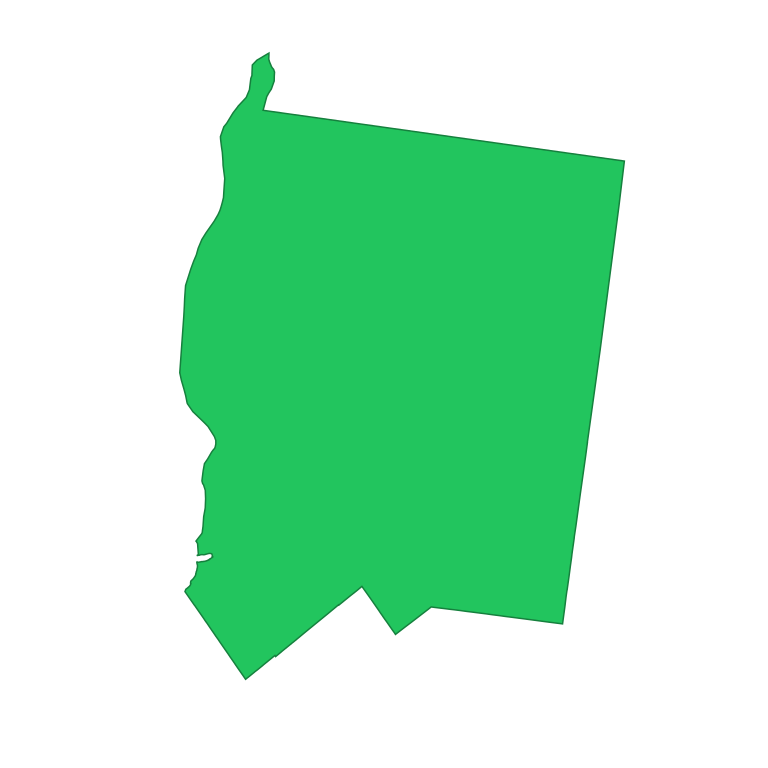 the district of San Fernando, Chaco, Argentina, rotated 188°
{"feature_id": "61730980B8313439795489", "entity_name": "San Fernando", "entity_type": "district", "adm_level": 2, "iso_a3": "ARG", "parent_name": "Argentina", "parent_adm1": "Chaco", "projection": "natural_earth1", "projection_center": [-58.982, -27.701], "detail": "fine", "context": "isolated", "style": "filled", "palette": "green", "viewbox_px": 768, "rotation_deg": 188, "n_neighbors": 0, "source": "geoboundaries", "source_scale": "gbopen_adm2", "svg_char_len": 5212}
<svg xmlns="http://www.w3.org/2000/svg" viewBox="0 0 768 768"><g transform="rotate(188 384 384)"><path d="M177.0,638.2L541.8,638.2L540.1,652.2L538.6,656.2L536.6,660.4L534.9,668.8L535.5,673.7L535.8,677.6L537.1,680.2L538.7,681.6L539.7,682.8L540.7,684.6L542.1,686.9L543.3,689.6L543.7,693.3L544.0,695.7L554.9,687.0L558.8,681.6L557.9,672.6L557.7,671.3L557.7,671.2L558.4,668.1L558.2,656.6L560.3,648.6L567.1,638.9L567.4,638.2L571.2,631.5L576.1,620.2L578.4,616.4L580.4,606.2L579.9,603.7L578.0,596.5L576.4,591.1L574.5,582.3L573.8,578.2L570.3,565.3L569.4,552.6L568.9,546.2L569.4,541.1L570.0,536.7L570.6,533.1L571.9,528.7L574.8,521.6L581.3,508.9L584.5,501.7L586.9,492.5L587.8,485.7L589.6,479.0L591.3,471.1L594.2,453.9L593.3,440.9L592.5,432.8L591.7,423.4L587.8,366.7L585.2,359.6L581.2,350.7L578.7,344.7L576.6,338.6L576.0,337.2L569.4,330.0L557.2,321.2L552.4,317.5L550.7,315.5L546.7,310.8L544.6,308.3L542.7,304.7L542.2,301.2L542.4,298.3L542.7,296.8L543.9,295.0L545.3,292.4L548.2,285.2L550.7,280.2L551.0,272.9L550.9,265.6L550.8,262.7L549.7,260.1L548.7,259.1L546.2,253.9L544.7,245.6L543.8,236.6L543.8,235.1L544.1,227.5L543.4,217.7L543.4,213.3L543.3,211.8L543.7,210.3L545.8,206.7L548.3,202.3L548.1,202.2L546.4,200.0L544.1,189.3L545.5,188.0L544.3,188.4L543.7,188.6L542.9,188.8L542.3,189.2L541.2,189.6L539.8,189.8L538.8,189.8L537.7,190.1L536.5,190.7L535.1,191.3L534.4,191.6L533.1,192.0L531.7,192.0L531.0,191.9L530.5,191.1L530.4,191.0L530.3,190.6L530.2,190.3L530.0,190.0L529.9,189.6L530.1,189.6L530.2,189.3L530.2,189.2L529.9,189.0L529.7,189.0L529.5,188.9L529.6,188.6L529.8,188.4L530.1,188.2L530.6,187.8L530.7,187.7L530.8,187.6L531.4,187.0L531.5,186.9L531.9,186.7L532.1,186.5L532.1,186.4L532.3,186.4L532.5,186.2L532.9,185.5L533.0,185.5L533.0,185.3L533.3,185.2L533.9,184.9L534.1,184.9L534.3,184.8L534.4,184.7L534.6,184.5L534.7,184.4L534.8,184.3L535.2,184.2L535.4,184.1L535.5,184.1L535.7,183.9L535.9,183.8L536.2,183.7L536.3,183.7L537.3,183.3L537.7,183.3L537.9,183.2L538.0,183.1L538.9,182.9L539.2,182.8L539.3,182.8L539.4,182.7L539.6,182.7L539.9,182.7L540.1,182.7L540.7,182.4L541.0,182.3L541.2,182.2L541.3,182.2L541.9,182.0L542.0,181.9L542.3,181.9L542.5,181.8L543.1,181.6L543.3,181.6L543.8,181.6L544.0,181.6L544.3,181.7L544.4,181.8L544.5,181.7L544.5,181.4L544.5,181.2L544.4,181.0L544.4,180.9L544.3,180.6L544.2,180.3L544.1,179.9L544.0,179.6L543.9,179.5L543.7,179.2L543.6,178.9L543.4,177.9L543.4,177.7L543.3,177.2L543.3,176.8L543.3,176.6L543.3,176.4L543.3,176.2L543.3,175.6L543.3,175.4L543.4,174.9L543.5,174.8L543.5,174.6L543.4,174.4L543.4,173.7L543.4,173.4L543.5,173.2L543.7,172.3L543.7,172.2L543.8,171.9L543.8,171.7L543.8,170.9L543.9,170.6L543.9,170.4L544.0,170.1L543.9,169.8L544.0,168.7L544.1,168.2L544.3,167.6L544.4,167.3L544.4,167.2L544.5,167.0L544.9,166.4L545.0,166.1L545.1,165.9L545.6,165.0L545.7,164.8L545.8,164.7L545.9,164.4L546.0,164.3L546.1,164.2L546.5,163.7L546.8,163.4L546.9,163.2L547.1,162.9L547.2,162.7L547.4,162.5L547.6,162.4L547.6,162.2L547.8,161.8L547.8,161.7L547.9,161.4L547.9,160.9L547.9,160.6L547.9,160.4L547.9,160.2L547.8,159.9L547.8,159.7L547.5,159.6L547.5,159.4L547.6,159.1L547.7,158.2L547.8,158.0L547.8,157.9L547.9,157.7L548.0,157.6L548.3,156.9L548.4,156.7L548.5,156.6L548.9,156.2L549.0,156.0L549.3,155.7L549.5,155.5L549.7,155.1L549.8,155.1L550.4,154.5L550.5,154.3L550.7,154.1L550.8,154.0L551.4,153.5L551.5,153.3L551.6,153.2L551.7,152.8L551.9,152.2L551.9,151.9L552.0,151.7L552.1,151.1L552.2,150.7L549.3,147.6L546.1,144.1L540.8,138.4L540.7,138.4L538.4,135.9L535.9,133.2L533.3,130.4L530.8,127.7L529.7,126.5L528.5,125.1L527.2,123.7L525.8,122.3L523.3,119.5L520.5,116.4L517.9,113.6L515.4,110.8L512.8,108.1L510.4,105.4L507.8,102.6L504.4,98.9L501.8,96.1L500.4,94.6L500.1,94.2L499.4,93.5L498.2,92.1L496.3,90.1L494.1,87.7L492.9,86.4L492.6,86.0L491.4,84.7L489.2,82.3L488.0,81.0L486.4,79.3L485.2,78.0L485.0,77.8L484.9,77.7L484.4,77.1L483.5,76.2L482.6,75.2L482.0,74.5L481.5,74.0L480.5,72.9L480.0,72.3L479.9,72.4L479.8,72.5L479.5,72.8L479.2,73.1L478.9,73.5L478.2,74.2L477.5,74.9L476.1,76.4L474.8,77.8L473.6,79.1L472.3,80.5L472.0,80.9L470.7,82.2L470.2,82.7L469.6,83.3L464.7,88.6L464.6,88.8L462.1,91.5L461.4,92.2L459.6,94.2L457.1,96.9L454.6,99.6L454.2,100.0L453.4,99.0L448.5,104.3L448.4,104.5L446.4,106.7L443.3,110.0L438.6,115.1L437.8,115.9L426.7,128.1L419.4,136.0L415.7,140.0L408.2,148.1L403.2,153.6L398.3,159.0L398.0,158.7L396.7,160.1L392.9,164.2L387.6,169.9L382.8,174.9L377.7,180.5L372.8,175.3L369.0,171.3L365.0,167.0L362.6,164.4L360.2,161.8L357.7,159.1L355.4,156.5L353.3,154.3L352.8,153.7L350.3,151.0L347.7,148.3L345.4,145.8L342.9,143.1L341.0,141.1L339.1,139.1L338.2,138.1L337.8,137.6L337.7,137.7L328.5,147.1L323.7,151.9L309.7,166.2L306.2,169.8L304.7,169.8L303.1,169.8L293.2,170.0L286.8,170.1L283.4,170.2L277.0,170.3L270.4,170.3L265.6,170.4L257.4,170.5L251.2,170.6L244.7,170.6L238.1,170.7L231.5,170.7L225.1,170.8L215.5,170.9L205.8,171.0L189.8,171.1L173.8,171.3L173.9,189.0L174.1,199.0L174.1,205.0L174.0,205.6L174.0,205.8L174.0,209.0L174.0,212.1L174.0,218.4L174.1,230.1L174.1,238.1L174.2,241.9L174.2,253.5L174.2,257.2L174.3,259.5L174.3,260.5L174.2,270.3L174.3,301.1L174.3,340.5L174.4,354.3L174.5,354.3L174.6,416.8L174.7,441.7L174.7,447.9L176.1,592.4L177.0,638.2Z" fill="#22c55e" stroke="#15803d" stroke-width="1.5"/></g></svg>